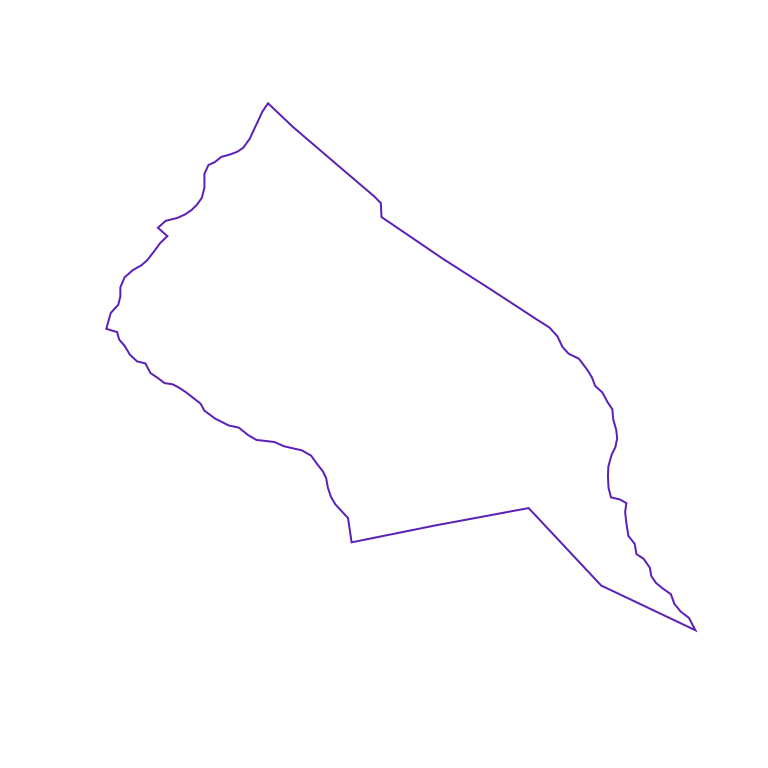 outline of Passo de Camaragibe, Alagoas, Brazil, rotated 170°
{"feature_id": "56859067B78518130671602", "entity_name": "Passo de Camaragibe", "entity_type": "district", "adm_level": 2, "iso_a3": "BRA", "parent_name": "Brazil", "parent_adm1": "Alagoas", "projection": "natural_earth1", "projection_center": [-35.496, -9.247], "detail": "fine", "context": "isolated", "style": "outline", "palette": "violet", "viewbox_px": 768, "rotation_deg": 170, "n_neighbors": 0, "source": "geoboundaries", "source_scale": "gbopen_adm2", "svg_char_len": 1569}
<svg xmlns="http://www.w3.org/2000/svg" viewBox="0 0 768 768"><g transform="rotate(170 384 384)"><path d="M449.5,680.6L456.6,673.2L460.9,667.0L466.5,659.1L473.5,649.0L481.5,641.2L488.1,638.2L496.2,636.7L504.8,635.9L511.9,632.0L518.9,630.1L524.4,622.1L526.7,608.7L531.0,599.1L536.6,593.5L543.1,588.9L550.6,585.5L558.8,583.4L570.7,582.6L579.5,577.1L571.7,567.2L579.9,561.7L588.1,553.9L595.6,547.1L602.2,543.1L611.8,539.7L621.0,534.0L626.8,525.1L628.5,516.0L631.9,508.2L640.8,501.4L647.9,486.5L637.8,481.5L637.1,473.7L632.8,466.6L629.2,457.1L623.2,449.1L615.4,445.7L612.1,435.3L605.7,429.2L600.0,423.0L592.2,420.4L586.4,415.9L580.6,410.4L573.1,402.1L568.1,396.6L565.5,388.9L556.4,379.3L544.1,370.1L534.6,366.3L526.7,357.3L519.4,351.1L502.0,345.9L493.4,340.1L483.1,335.7L476.7,333.1L468.3,326.2L463.4,316.1L459.4,308.7L457.3,301.2L457.3,291.7L455.8,281.9L452.7,273.7L448.4,267.0L442.7,258.3L443.4,233.7L359.4,235.8L263.1,236.7L205.1,147.8L120.1,87.4L124.3,100.7L131.3,108.3L136.2,117.0L138.0,127.2L144.8,134.0L150.8,141.0L154.1,148.5L154.1,156.9L158.7,166.8L164.9,172.6L164.9,183.1L169.7,191.9L169.5,204.3L168.8,215.9L166.0,224.6L171.7,229.3L180.2,233.0L180.9,242.9L179.5,254.1L177.4,263.8L172.0,275.0L167.2,281.5L163.8,289.9L163.3,298.3L164.4,309.3L163.5,319.4L167.0,327.3L170.4,337.7L176.3,345.3L178.1,354.4L181.3,362.6L187.7,375.1L196.9,381.7L201.9,389.7L204.9,400.8L211.3,410.9L223.1,421.7L233.1,431.1L261.7,457.9L286.8,481.0L304.6,497.4L357.5,548.9L355.7,562.7L361.0,570.4L385.4,599.9L429.0,652.9L449.5,680.6Z" fill="none" stroke="#5b21b6" stroke-width="2"/></g></svg>